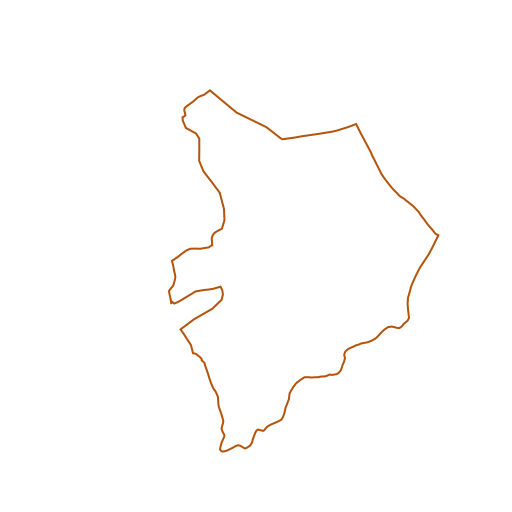 Cap Estate/Becune Point, Gros Islet, Saint Lucia (Robinson projection), rotated 224°
{"feature_id": "8701671B82829723168564", "entity_name": "Cap Estate/Becune Point", "entity_type": "district", "adm_level": 2, "iso_a3": "LCA", "parent_name": "Saint Lucia", "parent_adm1": "Gros Islet", "projection": "robinson", "projection_center": [-60.952, 14.093], "detail": "fine", "context": "isolated", "style": "outline", "palette": "amber", "viewbox_px": 512, "rotation_deg": 224, "n_neighbors": 0, "source": "geoboundaries", "source_scale": "gbopen_adm2", "svg_char_len": 4155}
<svg xmlns="http://www.w3.org/2000/svg" viewBox="0 0 512 512"><g transform="rotate(224 256 256)"><path d="M405.2,304.8L402.7,302.5L395.4,299.4L392.6,300.2L384.2,302.5L378.3,301.0L369.8,292.2L363.0,285.0L352.6,280.4L338.2,278.3L326.0,276.3L311.6,267.5L303.5,259.8L299.5,251.9L301.3,246.6L301.9,243.3L301.6,241.4L301.0,239.5L300.2,238.0L294.9,233.3L295.3,232.9L296.0,229.3L298.4,226.2L301.3,222.3L305.3,218.7L308.4,215.4L310.0,211.5L310.6,208.1L311.1,205.0L311.6,201.0L313.1,194.0L311.7,193.3L308.1,191.0L305.1,188.8L301.2,186.3L299.3,184.7L297.9,182.7L296.5,180.0L295.2,177.8L294.8,175.1L294.5,171.5L294.2,170.2L292.5,169.0L287.8,165.9L283.4,162.6L286.0,164.7L281.8,165.0L280.4,168.2L279.2,171.9L277.9,177.0L276.8,181.1L275.7,185.1L274.9,188.5L269.5,195.8L267.2,198.5L264.3,202.2L263.0,204.4L260.2,209.3L256.2,207.8L253.0,205.2L250.3,200.6L250.8,187.7L256.6,167.6L259.3,150.8L254.1,149.8L247.3,148.2L240.8,146.7L233.8,142.3L231.5,143.8L226.8,144.3L223.8,144.3L222.7,143.3L218.7,143.3L216.8,142.0L212.1,139.7L208.8,138.0L205.5,136.1L202.4,134.5L198.8,132.8L195.0,131.2L190.4,130.3L185.5,128.2L182.9,125.8L180.7,123.8L178.2,121.8L174.6,120.0L171.6,118.5L168.4,116.7L165.8,115.2L164.8,114.5L164.2,113.7L163.6,112.8L162.4,110.5L160.8,107.8L158.2,106.5L156.5,105.9L154.2,105.1L153.5,104.3L152.9,102.7L151.2,98.1L149.4,94.7L147.6,91.9L145.8,91.5L144.3,92.1L143.4,93.0L141.7,95.9L139.7,101.4L138.6,105.2L137.4,107.5L136.7,107.9L135.7,108.5L133.1,109.2L130.6,109.7L129.8,110.4L129.2,112.5L128.5,115.5L129.3,119.2L130.9,121.8L132.4,125.1L133.7,128.3L134.4,130.9L134.2,132.3L133.0,133.2L131.1,134.1L129.4,135.2L129.0,136.4L129.2,137.9L129.4,140.2L129.1,142.4L127.8,146.1L126.1,150.0L124.5,154.2L124.1,156.1L124.5,157.9L125.1,159.8L126.3,162.5L127.8,164.9L129.4,167.5L130.7,170.8L131.8,173.2L132.8,175.8L134.0,177.3L135.1,178.8L136.5,180.7L138.0,186.7L138.2,187.6L138.4,189.8L138.7,191.7L138.6,193.7L138.3,195.3L138.1,197.3L137.5,200.0L136.9,202.4L135.6,203.8L132.9,206.3L132.4,206.5L131.6,207.2L131.0,207.9L130.0,209.0L128.8,210.4L128.0,211.0L127.4,211.8L126.5,212.7L126.0,213.9L125.0,214.9L124.2,215.9L123.6,216.3L122.6,217.5L121.9,218.9L121.3,220.3L120.7,221.9L119.0,223.0L118.1,224.0L117.3,225.1L116.7,226.0L116.0,226.8L115.6,228.1L115.3,228.9L115.5,232.0L115.7,232.8L116.1,233.7L116.5,234.7L116.7,235.2L118.0,237.7L118.4,239.0L119.0,240.4L119.4,241.6L120.1,242.6L120.6,243.6L121.0,244.3L121.8,244.9L122.4,245.1L123.1,245.6L123.6,246.0L124.2,246.6L124.4,247.0L124.7,247.7L125.2,248.8L125.4,250.0L125.3,250.9L125.2,252.2L125.0,253.4L122.1,260.8L121.7,261.9L121.2,262.6L120.5,263.7L120.0,265.2L119.7,265.9L119.3,266.6L118.8,267.3L118.3,267.9L117.9,268.6L117.2,269.5L116.6,270.2L116.3,270.7L115.3,272.5L114.9,273.3L114.5,274.4L114.2,274.9L113.9,275.8L113.6,276.8L113.3,277.8L113.0,278.7L112.9,279.4L112.7,280.2L112.6,281.6L112.6,282.9L112.6,283.7L112.6,285.1L112.7,286.4L112.7,287.2L112.7,289.3L112.6,290.6L112.5,291.6L112.5,292.3L112.3,293.2L112.1,294.2L111.6,296.6L110.5,298.0L109.4,299.5L108.4,300.1L104.3,302.5L102.8,303.7L102.2,306.7L102.6,310.0L102.0,314.4L102.5,316.4L102.9,317.7L106.4,320.6L110.7,324.2L113.7,326.9L115.5,329.0L117.0,330.8L117.8,331.7L118.9,334.0L121.4,338.6L122.9,341.1L124.4,344.6L125.5,347.7L127.0,351.9L128.1,355.2L129.0,358.1L130.1,361.9L132.1,372.9L133.0,377.6L135.0,384.5L136.7,389.7L139.2,397.6L139.9,397.6L141.6,396.8L143.3,396.8L147.6,397.4L153.9,397.9L161.3,399.2L163.0,399.4L165.6,399.8L167.5,400.2L169.2,400.7L170.6,400.7L173.1,400.9L177.2,401.1L179.2,400.9L181.1,400.7L184.2,400.5L187.0,400.1L188.9,400.1L193.4,399.1L195.4,398.9L196.7,399.1L201.4,399.2L202.8,399.2L203.6,399.3L205.8,399.4L208.8,399.8L215.1,400.7L218.8,401.3L222.9,402.2L239.1,407.9L243.3,409.3L244.8,410.2L266.1,417.1L275.7,420.5L277.4,416.7L279.8,411.8L281.6,408.6L285.0,402.3L287.3,398.7L295.1,388.3L299.7,382.3L305.5,374.9L309.0,370.1L310.5,368.0L318.2,358.2L320.2,357.8L338.0,355.9L369.5,345.7L404.2,343.1L404.8,339.4L405.4,335.7L406.7,333.2L408.0,329.8L408.3,326.8L408.5,323.6L409.2,319.3L409.8,316.7L410.0,314.7L410.0,312.7L409.1,311.3L407.7,310.2L406.7,309.7L404.5,308.1L404.7,306.1L405.2,304.8Z" fill="none" stroke="#b45309" stroke-width="2"/></g></svg>